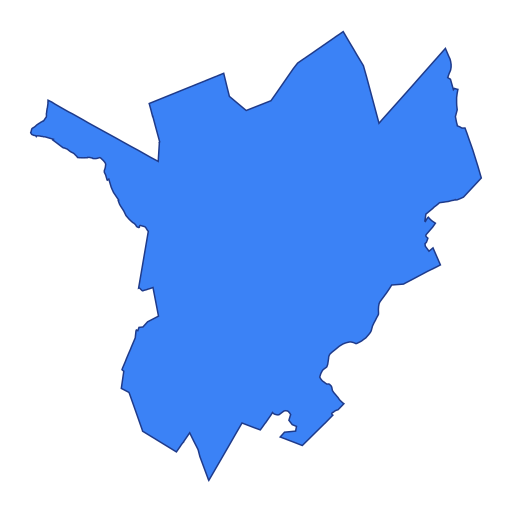 the district of Ciénega de Flores, Nuevo León, Mexico
{"feature_id": "50627088B12014527787580", "entity_name": "Ciénega de Flores", "entity_type": "district", "adm_level": 2, "iso_a3": "MEX", "parent_name": "Mexico", "parent_adm1": "Nuevo León", "projection": "natural_earth1", "projection_center": [-100.2, 25.971], "detail": "fine", "context": "isolated", "style": "filled", "palette": "blue", "viewbox_px": 512, "rotation_deg": 0, "n_neighbors": 0, "source": "geoboundaries", "source_scale": "gbopen_adm2", "svg_char_len": 5918}
<svg xmlns="http://www.w3.org/2000/svg" viewBox="0 0 512 512"><path d="M142.6,431.2L176.4,451.9L180.1,446.6L181.4,444.6L182.8,442.8L183.7,441.9L183.6,441.7L189.7,432.8L193.5,440.6L197.8,449.0L198.2,450.0L199.9,456.6L208.5,479.8L208.8,480.4L211.2,476.3L228.0,447.3L234.7,435.6L242.0,423.0L253.7,427.5L260.3,429.9L262.3,427.2L265.2,423.1L265.5,422.9L269.7,416.8L270.9,415.1L272.5,412.5L273.4,413.5L274.7,414.2L276.5,414.7L278.0,414.9L279.2,414.6L282.6,412.0L284.0,411.0L285.1,410.7L286.3,410.8L287.2,410.9L287.9,411.2L288.5,411.6L289.2,412.5L289.9,413.3L290.4,414.2L290.7,414.7L290.3,415.6L288.9,420.3L292.2,424.6L292.4,424.7L296.5,426.4L295.6,431.1L284.5,432.2L280.2,437.0L294.1,442.3L302.3,445.5L324.5,423.6L324.9,423.3L332.8,415.2L332.4,415.0L331.7,413.8L332.4,412.5L332.9,412.4L333.4,412.2L333.8,411.9L334.2,411.4L336.0,410.4L338.1,409.7L343.9,403.7L342.8,402.9L341.7,401.9L339.9,400.2L338.9,398.9L338.0,397.5L337.0,396.4L335.7,394.8L333.8,392.6L332.5,390.7L332.3,390.0L332.2,389.5L331.8,387.4L331.6,386.8L331.2,386.0L330.0,384.8L329.5,384.3L328.8,384.0L326.9,384.1L326.1,383.6L325.5,383.2L323.7,381.8L322.7,381.2L322.1,380.6L321.1,379.4L320.7,378.8L319.7,377.1L320.8,373.6L322.3,370.7L323.2,369.6L325.5,367.9L326.6,367.1L327.1,366.1L327.7,364.3L328.6,358.4L328.7,356.9L329.2,355.4L330.0,354.0L332.2,352.0L336.2,348.8L339.3,346.2L342.9,344.0L345.4,343.0L346.4,342.7L347.6,342.4L348.9,342.1L350.1,341.9L351.2,342.0L352.0,342.2L353.3,342.5L354.6,343.0L355.8,343.6L356.3,343.6L357.1,343.3L360.3,341.7L361.7,340.9L363.5,339.5L365.8,337.9L369.0,334.2L370.3,332.5L371.2,330.8L372.5,326.0L374.0,322.8L375.4,320.3L376.6,317.8L377.4,316.4L378.1,315.1L378.5,314.1L378.5,312.3L378.4,309.6L378.6,306.3L379.1,303.6L380.0,301.7L386.6,292.8L389.1,289.1L391.7,285.0L403.3,284.1L403.7,284.0L405.1,283.2L407.8,281.8L419.3,275.7L427.4,271.4L437.2,266.6L440.4,264.9L433.0,247.9L429.0,251.2L425.3,246.2L425.0,243.7L426.4,242.3L427.3,239.9L427.9,238.2L426.4,236.9L426.1,236.4L425.9,235.9L425.8,235.5L426.0,235.0L426.3,234.4L432.6,227.2L435.4,223.2L432.4,221.2L430.5,219.6L428.9,217.9L428.3,217.2L427.5,218.0L426.6,219.3L425.4,221.5L425.1,221.3L424.9,221.2L424.8,220.8L425.0,220.1L425.9,214.1L427.5,212.8L432.8,208.4L434.3,206.9L435.7,205.9L437.6,204.4L439.5,202.7L442.5,202.3L444.0,202.1L445.7,201.8L448.3,201.5L450.8,200.8L452.0,200.5L452.9,200.4L454.2,200.1L454.8,199.9L455.2,199.6L455.6,200.0L457.2,199.8L460.0,198.7L463.5,197.1L481.3,178.0L478.0,166.6L472.8,150.0L471.2,145.4L469.3,140.1L467.0,133.4L465.0,128.0L462.7,128.1L462.0,128.0L461.4,127.8L460.1,127.0L457.3,125.8L457.1,124.4L456.6,122.7L455.4,116.6L457.2,109.8L456.7,105.3L456.6,102.5L456.6,97.6L457.1,93.6L457.9,89.4L456.9,89.2L455.3,88.7L454.3,88.4L454.1,88.9L453.4,89.7L450.5,79.4L450.3,79.1L449.3,78.6L448.1,77.8L447.7,77.6L449.1,73.6L449.9,71.8L450.5,70.4L450.7,69.5L451.0,67.8L451.1,67.0L451.1,64.5L450.6,61.2L450.0,59.0L448.7,56.2L446.5,51.0L445.9,49.6L445.4,48.4L419.6,77.5L411.6,86.6L402.0,97.4L381.8,120.0L379.0,123.3L366.6,77.0L363.4,65.7L356.6,54.4L353.6,49.2L349.4,42.2L343.2,31.6L338.9,34.6L336.3,36.3L332.5,39.0L316.6,50.0L312.2,53.1L301.9,60.1L297.6,63.1L297.3,63.5L293.4,68.5L276.0,93.6L271.0,100.7L246.2,110.5L229.4,96.4L227.2,87.7L223.7,73.3L149.2,103.5L150.7,109.0L152.6,116.4L152.8,116.3L155.4,126.1L159.7,141.9L159.2,142.4L159.3,142.6L159.3,144.0L158.2,161.4L155.8,160.1L150.7,157.4L146.3,154.9L138.2,150.3L131.3,146.6L123.0,142.0L115.7,137.9L100.0,129.3L88.0,122.7L83.6,120.1L72.4,113.8L68.6,111.9L62.3,108.3L57.6,105.6L55.0,104.1L51.7,102.0L49.6,101.0L48.3,100.3L48.0,100.2L48.0,100.5L48.1,101.7L47.9,102.0L48.0,103.5L47.9,103.9L47.4,107.7L47.3,108.1L47.2,108.4L47.1,108.7L46.7,111.5L46.6,112.7L46.4,113.5L46.4,114.2L46.4,114.8L46.5,115.3L46.4,115.9L46.3,117.0L45.9,117.6L45.5,118.0L44.6,119.4L43.7,120.7L43.5,120.9L43.3,121.1L42.9,121.1L42.7,121.1L41.6,121.9L41.0,122.1L39.6,123.1L38.5,123.7L37.6,124.4L36.8,124.9L35.0,126.6L33.2,127.8L32.7,128.0L32.1,128.5L31.9,128.7L31.8,129.0L31.6,129.5L31.4,130.3L31.0,132.0L30.8,132.2L30.7,132.4L30.7,132.8L31.5,134.0L31.7,134.4L33.9,135.4L35.0,135.5L35.6,135.7L35.9,136.0L36.1,136.3L36.3,136.6L36.9,135.8L37.0,135.8L38.0,135.8L39.8,136.0L41.6,136.4L42.4,136.4L43.6,136.8L45.0,136.8L53.4,139.3L52.8,140.0L54.3,141.1L58.0,143.9L61.8,146.8L62.6,147.4L63.2,147.8L63.6,147.9L64.3,147.9L64.9,148.2L65.5,148.4L66.1,148.7L66.7,148.9L67.2,149.1L68.6,150.2L69.6,151.0L70.9,151.9L72.3,152.6L73.3,153.1L74.0,153.6L74.4,153.9L74.9,154.5L77.1,156.7L77.5,157.5L78.6,157.6L79.3,157.7L83.1,157.8L87.4,157.7L87.6,157.4L89.5,157.4L92.5,158.1L92.9,158.5L94.0,158.6L95.7,158.6L97.0,158.4L99.7,157.6L100.1,157.7L100.5,157.9L101.1,158.4L103.4,160.6L104.5,161.9L105.3,163.1L105.5,163.7L105.7,164.5L105.6,165.1L105.4,166.8L105.1,168.3L104.3,170.6L104.3,171.7L104.4,172.5L104.9,173.4L105.7,175.1L105.9,175.9L107.1,180.0L107.3,180.2L108.8,179.1L111.2,187.2L112.0,189.1L113.6,192.6L118.7,200.1L118.2,200.5L119.1,203.0L119.6,204.3L120.5,205.9L123.8,211.0L126.0,215.6L129.2,219.3L131.0,221.0L132.1,222.0L132.7,222.5L134.2,223.4L135.4,224.6L135.9,225.3L136.4,226.2L136.7,226.6L137.2,226.9L137.6,227.1L138.1,227.3L138.5,227.5L138.9,227.5L139.2,227.4L139.4,227.2L139.4,226.9L139.4,226.6L139.5,226.3L139.7,225.7L139.9,225.5L140.1,225.4L140.3,225.4L142.7,226.1L144.8,226.7L145.7,227.5L147.3,230.1L148.3,231.4L138.6,288.1L138.8,288.0L139.2,288.0L139.4,288.1L139.8,288.3L140.3,288.8L142.0,290.5L142.3,290.7L142.5,290.8L142.9,290.8L144.1,290.3L146.5,289.7L148.4,289.0L149.6,288.7L153.0,287.5L153.1,288.1L158.5,316.1L157.6,316.6L147.6,321.8L143.0,326.9L142.9,327.0L139.0,327.4L137.8,330.7L136.4,330.0L136.0,330.9L135.4,336.3L135.3,337.6L135.2,337.8L135.2,338.0L134.6,339.4L132.9,343.4L131.2,347.4L130.6,349.0L128.8,353.1L126.3,359.0L125.4,361.4L123.7,365.4L122.5,368.2L122.0,369.7L123.8,371.2L121.3,388.4L128.8,392.3L129.2,392.9L135.9,411.8L142.2,429.8L142.4,430.4L142.5,430.8L142.6,431.2Z" fill="#3b82f6" stroke="#1e3a8a" stroke-width="1.5"/></svg>